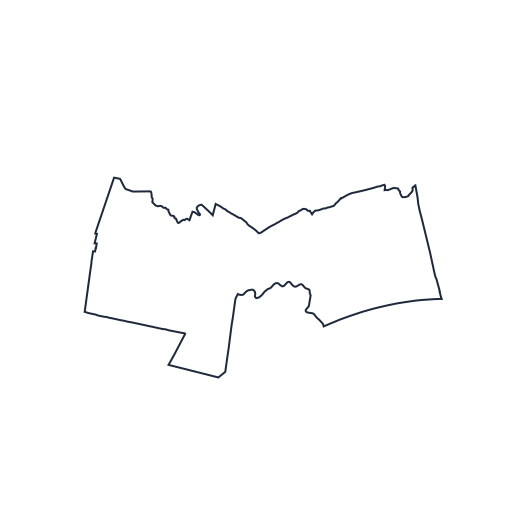 the district of Joita, Giurgiu, Romania, rotated 321°
{"feature_id": "2599482B22090159285998", "entity_name": "Joita", "entity_type": "district", "adm_level": 2, "iso_a3": "ROU", "parent_name": "Romania", "parent_adm1": "Giurgiu", "projection": "equal_earth", "projection_center": [25.867, 44.487], "detail": "fine", "context": "isolated", "style": "outline", "palette": "slate", "viewbox_px": 512, "rotation_deg": 321, "n_neighbors": 0, "source": "geoboundaries", "source_scale": "gbopen_adm2", "svg_char_len": 6134}
<svg xmlns="http://www.w3.org/2000/svg" viewBox="0 0 512 512"><g transform="rotate(321 256 256)"><path d="M228.6,277.9L231.3,279.4L231.9,279.8L232.2,280.1L232.5,280.6L232.6,281.1L232.7,281.7L232.6,282.9L232.5,283.4L232.1,283.9L231.9,284.6L231.4,285.2L229.9,286.4L229.6,286.9L229.6,287.6L229.6,288.6L229.7,288.8L229.9,289.0L231.0,289.6L231.9,289.9L233.2,290.1L234.6,290.1L236.8,289.9L239.3,289.3L240.1,289.2L240.5,289.1L241.1,289.1L244.2,289.1L245.8,289.6L246.9,290.0L249.1,289.8L251.3,289.4L252.9,289.3L253.9,289.5L255.4,290.3L255.9,291.0L256.2,291.8L256.5,293.9L256.9,294.9L257.3,296.1L257.9,296.4L258.4,296.7L259.2,296.8L260.0,296.7L263.5,296.2L264.8,296.4L265.5,297.0L265.8,297.4L265.9,297.9L266.0,298.4L265.9,300.1L266.0,301.4L266.3,303.3L267.1,304.5L267.8,304.9L268.3,305.1L272.0,305.7L272.7,305.9L273.2,306.3L273.6,306.7L274.0,307.8L274.0,308.6L274.0,309.8L274.1,311.4L274.2,312.2L275.3,313.9L275.7,314.5L275.9,314.9L276.1,315.7L276.0,316.3L275.7,316.9L275.0,317.9L274.6,318.4L274.3,318.9L274.0,320.2L273.7,320.9L273.1,321.5L266.1,327.7L265.0,328.4L262.0,328.9L260.5,329.4L260.1,329.8L259.9,330.6L260.2,331.9L261.4,333.4L263.9,336.1L264.5,337.7L264.4,341.5L264.6,343.3L265.0,345.5L265.1,347.3L265.3,350.4L265.2,351.1L264.9,352.0L264.3,353.3L272.0,355.5L282.4,358.6L292.6,362.2L303.5,366.3L313.8,370.7L320.6,373.9L327.9,377.5L335.8,381.6L341.0,384.6L351.0,390.5L357.3,394.6L367.1,401.5L370.2,403.8L373.3,406.2L373.6,405.1L376.2,399.3L376.4,399.4L377.4,397.3L380.9,389.4L381.9,386.9L382.1,385.8L383.2,383.1L384.9,379.7L393.4,362.9L407.9,332.2L411.4,324.5L414.6,318.1L417.8,313.1L419.2,310.7L424.3,301.4L423.7,301.2L423.1,301.4L422.1,301.6L421.3,301.3L420.3,301.6L419.6,303.0L418.3,304.0L416.8,304.4L414.0,304.7L412.8,304.9L412.1,305.3L409.1,304.2L406.9,302.5L406.7,301.8L406.8,300.8L407.1,299.9L407.5,297.9L408.5,296.6L408.5,295.7L408.3,294.6L408.9,293.2L408.7,292.7L407.0,291.0L406.3,290.1L405.3,289.6L403.2,288.8L401.3,288.3L399.6,287.6L398.7,286.5L397.4,285.8L400.4,282.9L400.6,281.5L399.5,281.0L398.0,280.4L395.9,279.7L393.9,278.4L390.3,277.1L381.5,273.1L373.3,269.1L370.5,267.6L367.6,266.6L364.9,266.0L358.8,265.0L359.0,264.7L358.7,264.5L357.8,264.6L353.8,265.3L351.7,265.3L348.5,265.9L348.2,266.0L347.8,265.9L346.9,265.6L346.0,265.1L344.2,264.5L343.4,264.1L342.1,263.4L341.1,263.1L340.2,262.8L339.4,262.4L338.5,261.6L338.0,261.4L337.4,261.2L336.8,261.1L335.7,260.6L334.3,260.2L333.4,259.8L332.3,259.2L330.7,258.1L330.3,258.0L327.8,258.2L327.0,258.4L326.5,258.7L325.8,258.9L326.2,254.8L325.9,254.8L325.5,254.2L324.7,253.3L324.6,252.9L324.6,252.7L324.6,252.1L324.5,251.5L324.2,251.0L323.6,250.2L323.0,249.6L322.3,249.1L321.9,248.9L321.5,248.8L319.8,248.7L317.8,248.1L317.4,248.1L317.0,248.1L315.8,248.4L314.9,248.3L314.0,248.2L313.2,248.0L312.2,247.5L311.3,247.5L309.8,247.0L308.0,246.8L307.2,246.4L305.6,246.2L304.7,246.0L303.5,245.5L301.2,244.9L299.9,244.6L299.1,244.5L297.7,244.2L295.4,244.0L292.7,243.4L290.1,243.1L288.3,242.6L286.4,242.3L285.2,242.0L283.7,241.8L283.4,241.7L282.6,241.8L281.7,241.6L281.0,241.6L279.5,241.4L275.5,241.1L273.6,240.7L272.9,240.4L272.6,240.2L272.4,239.9L272.0,236.3L271.5,233.7L270.9,232.0L270.7,230.9L270.2,229.6L269.6,227.6L269.4,225.7L269.6,224.1L269.7,223.6L269.6,223.2L269.2,221.8L269.1,221.3L269.0,220.9L268.9,220.6L268.9,220.0L268.7,219.3L268.4,218.3L268.4,217.7L268.0,216.8L267.8,216.6L267.0,215.8L266.7,215.5L266.6,215.2L266.4,214.5L266.3,214.2L266.0,213.7L265.8,213.0L265.6,212.6L265.4,212.1L265.3,211.5L265.2,211.1L264.8,210.6L264.7,210.2L264.1,208.4L263.7,207.9L263.4,207.0L263.0,205.7L262.7,204.7L262.0,203.2L261.8,202.7L261.8,202.2L261.7,201.1L261.3,200.0L260.4,198.3L260.3,197.7L259.9,196.2L259.6,195.3L258.9,193.5L258.2,192.1L257.4,190.2L248.0,197.1L247.8,194.7L247.8,194.3L247.4,191.4L246.4,184.3L245.9,181.8L244.2,181.0L243.0,180.7L242.4,180.7L240.9,180.9L240.4,181.2L239.9,181.7L239.7,182.0L239.5,182.5L239.1,184.3L238.8,185.8L238.8,187.8L238.7,188.2L238.6,188.5L238.2,188.8L237.9,188.8L237.6,188.7L237.4,188.5L237.0,187.8L236.9,187.4L236.7,186.6L236.2,184.9L235.9,183.6L235.7,183.2L234.8,182.2L234.5,181.6L226.8,186.3L226.4,185.0L226.3,184.5L226.1,184.1L225.8,183.7L225.1,183.3L224.7,183.2L224.3,183.2L223.5,183.2L223.1,183.2L222.9,183.0L222.6,182.4L222.4,182.2L222.1,182.1L221.9,182.1L221.3,181.9L220.0,181.9L219.2,181.6L218.7,181.8L218.2,181.8L217.3,181.8L216.7,181.6L216.4,181.4L216.3,181.0L216.2,180.5L216.7,178.9L216.8,178.1L217.0,177.8L217.3,176.8L216.6,175.3L216.6,175.0L216.7,174.8L217.3,174.1L217.3,173.8L217.3,173.4L216.8,172.6L215.6,171.3L215.3,170.6L215.2,170.1L215.3,169.6L215.6,168.8L215.7,168.3L215.7,167.8L215.8,167.3L216.0,166.8L216.5,165.5L217.0,165.0L217.0,164.8L217.0,164.7L216.8,164.5L216.4,163.9L216.2,163.5L216.1,163.1L216.1,161.8L215.9,161.4L214.8,160.6L214.5,160.3L214.3,159.9L214.2,158.7L214.1,158.3L214.0,157.9L213.5,157.2L212.6,156.4L211.9,156.1L211.2,155.7L210.9,155.4L210.5,154.6L209.9,153.9L209.8,153.6L209.7,153.0L209.3,149.0L209.4,148.8L209.7,148.6L210.2,148.2L211.7,146.4L211.7,146.2L211.9,145.3L212.0,144.7L212.3,144.1L213.1,143.2L213.7,142.3L213.9,141.8L214.6,140.6L214.8,139.8L214.7,139.4L201.7,129.1L200.4,127.9L200.0,127.1L198.5,124.5L197.2,122.6L197.0,122.1L196.9,121.6L196.8,120.9L196.9,120.4L197.1,119.2L197.6,116.6L198.5,112.6L198.9,110.5L196.3,107.3L195.0,105.8L146.9,136.2L145.2,137.4L146.3,138.7L138.5,144.6L140.1,146.0L136.7,149.1L136.5,148.8L133.8,151.2L132.3,149.8L126.5,155.1L124.4,157.0L123.6,158.0L117.4,163.7L87.7,191.6L88.2,192.2L89.7,194.7L90.9,196.1L92.1,197.7L94.6,200.7L95.9,203.0L99.7,207.6L101.4,209.3L102.1,210.2L103.1,211.7L104.6,213.4L110.5,220.8L112.8,223.4L113.6,224.6L114.7,226.0L118.4,230.3L124.7,238.1L133.0,248.4L135.2,251.2L136.4,252.6L137.3,253.8L139.4,255.9L140.0,256.7L141.9,259.4L147.9,266.5L149.6,268.6L151.6,270.8L152.1,271.7L152.0,271.9L131.4,280.8L125.0,283.4L119.5,285.6L150.3,326.7L159.2,326.7L170.7,316.0L177.4,309.8L193.6,294.3L199.1,289.4L212.9,276.5L214.2,275.8L218.0,274.1L218.5,275.3L218.7,275.6L219.2,276.2L220.1,277.0L220.9,277.6L221.7,277.9L222.3,278.0L224.2,277.6L224.9,277.6L226.1,277.5L227.1,277.6L227.8,277.7L228.6,277.9Z" fill="none" stroke="#1e293b" stroke-width="2"/></g></svg>